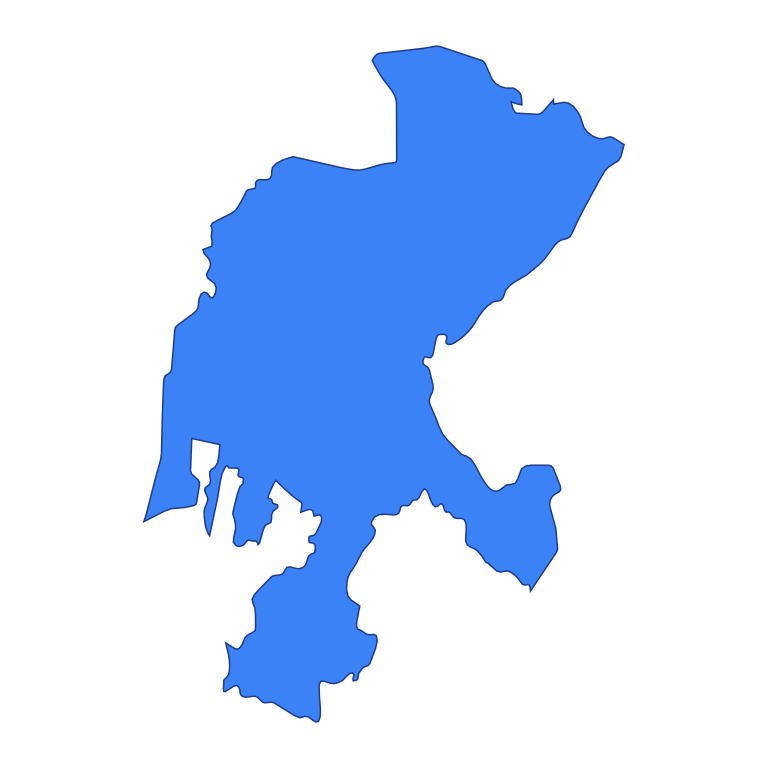 map outline of Zacatecas (Natural Earth projection)
{"feature_id": "MEX-2713", "entity_name": "Zacatecas", "entity_type": "State", "adm_level": 1, "iso_a3": "MEX", "parent_name": "Mexico", "parent_adm1": "", "projection": "natural_earth1", "projection_center": [-102.796, 23.104], "detail": "fine", "context": "isolated", "style": "filled", "palette": "blue", "viewbox_px": 768, "rotation_deg": 0, "n_neighbors": 0, "source": "natural_earth", "source_scale": "10m", "svg_char_len": 6108}
<svg xmlns="http://www.w3.org/2000/svg" viewBox="0 0 768 768"><path d="M624.1,144.6L620.9,156.7L618.5,160.6L608.6,166.9L604.7,171.2L598.5,181.8L584.8,207.1L578.1,220.0L572.1,233.1L569.8,236.8L567.3,238.4L560.8,240.2L557.7,242.2L554.9,245.1L544.9,258.6L539.3,264.5L526.7,274.9L515.6,281.3L510.1,285.2L505.8,290.0L503.0,297.7L501.3,299.8L499.3,300.8L494.6,301.5L492.5,302.2L487.6,305.8L483.2,310.4L479.3,315.6L472.5,326.6L468.5,331.4L464.1,335.7L459.4,339.5L454.1,343.0L451.2,344.2L448.5,344.5L446.1,343.3L446.0,341.1L446.7,338.6L446.7,336.3L445.2,334.6L442.8,334.2L438.0,334.9L436.9,336.4L435.9,339.7L433.4,352.3L432.4,355.6L430.8,357.6L428.4,357.7L426.3,356.8L424.5,357.0L423.1,360.1L423.0,363.3L424.2,364.9L428.0,367.5L429.4,370.1L432.9,384.6L433.2,388.3L432.5,391.9L430.5,396.0L429.2,400.0L429.7,403.8L436.2,419.0L439.1,426.7L443.0,434.6L448.2,440.9L461.1,454.0L464.0,455.6L465.6,455.7L470.7,458.9L475.1,465.1L481.9,478.2L487.3,486.0L490.0,488.8L493.2,490.8L497.1,491.3L500.2,489.7L506.5,485.0L510.7,484.5L515.1,483.4L517.7,479.2L521.5,469.0L525.5,466.1L531.3,465.2L548.4,465.2L551.2,466.0L553.4,468.4L560.3,486.2L560.7,489.6L559.3,491.7L554.3,494.6L552.1,496.8L550.5,499.3L549.8,502.3L549.7,505.8L555.7,528.0L557.6,548.3L557.2,550.6L556.0,553.0L530.5,591.0L530.1,587.3L529.3,585.2L527.8,584.5L525.0,585.0L522.6,584.5L516.3,576.3L510.6,572.1L508.6,571.2L506.6,571.0L500.4,572.0L496.9,571.1L487.8,563.1L485.7,562.1L482.0,556.3L477.8,551.1L474.2,548.6L470.4,547.0L467.2,544.8L465.6,540.8L466.2,529.7L466.1,524.0L464.5,519.9L462.0,518.5L456.3,518.4L453.5,517.1L450.4,513.1L448.8,512.0L446.2,512.1L444.5,510.4L443.2,505.4L441.5,503.7L439.6,504.4L438.1,505.9L435.3,506.9L432.8,504.5L430.9,500.8L428.4,493.9L426.5,490.2L424.2,488.8L421.7,491.9L418.9,497.8L416.9,499.9L414.2,499.9L412.5,500.7L410.2,504.0L408.7,505.4L407.4,505.8L403.4,505.4L401.6,506.0L400.6,507.6L399.5,511.5L398.5,513.3L396.6,514.5L394.1,514.9L384.2,514.2L378.9,514.7L374.4,517.0L371.3,522.2L371.8,525.0L373.7,527.3L375.3,530.1L374.7,534.3L372.8,538.4L370.3,542.1L364.6,548.6L362.0,552.2L355.7,564.3L350.1,572.9L348.6,575.9L347.5,579.2L346.9,582.6L346.6,589.5L347.9,595.8L350.9,599.9L359.8,606.1L356.7,621.7L356.5,626.0L357.6,629.2L360.4,630.1L366.6,634.2L369.0,634.7L374.3,634.5L376.3,635.7L377.2,641.3L375.4,648.9L369.8,663.6L368.2,665.4L363.5,667.2L362.6,668.1L358.7,673.3L357.9,678.7L356.2,680.4L353.2,680.8L352.9,679.2L354.0,674.7L352.3,672.8L349.9,673.4L347.5,675.3L342.4,680.5L338.5,682.5L334.2,683.5L330.0,683.2L323.4,681.0L320.6,681.5L319.1,685.2L319.4,696.0L320.4,709.1L320.2,716.6L318.5,721.5L315.3,721.9L308.0,716.7L304.6,716.4L300.0,717.7L294.8,715.8L274.1,702.9L271.5,702.2L264.8,702.8L262.7,702.2L256.7,696.6L254.0,696.3L245.2,697.2L242.5,696.4L240.5,694.6L239.8,690.0L238.9,687.1L236.7,685.4L233.8,686.1L225.3,691.6L223.8,691.4L223.4,689.3L223.9,680.1L226.9,677.0L228.4,674.8L229.2,671.9L229.7,665.8L229.3,659.8L228.4,654.1L225.7,642.8L235.0,648.8L238.1,649.0L240.5,647.1L242.4,644.0L245.2,637.3L248.4,634.5L252.3,632.7L255.3,630.4L255.6,626.3L255.5,614.6L254.9,608.2L253.2,603.7L252.1,599.4L254.3,594.9L257.9,590.7L271.6,576.6L274.9,575.4L280.1,574.9L281.7,574.3L283.1,573.2L287.0,567.3L290.5,566.9L294.4,568.1L298.6,568.7L301.2,568.2L303.5,567.1L305.3,565.2L306.5,562.5L307.8,558.1L309.0,555.7L311.0,554.2L314.5,552.7L315.4,548.8L315.0,544.5L312.6,542.9L310.4,542.8L309.0,542.0L308.8,538.2L309.3,536.4L314.3,535.2L315.9,533.4L320.5,523.8L321.4,520.8L321.6,517.9L320.7,515.6L319.3,514.8L314.1,516.1L312.8,510.8L311.0,509.6L308.7,509.5L300.8,512.2L301.9,504.2L301.4,502.6L293.0,496.4L284.2,488.6L275.6,480.3L271.4,488.5L268.1,496.5L268.1,497.8L270.9,499.2L272.0,500.3L272.9,503.4L277.3,504.8L277.9,506.0L277.5,507.8L273.1,511.1L271.6,514.8L271.5,519.1L270.9,522.5L265.3,525.3L263.3,529.6L259.6,542.9L258.0,544.6L257.6,542.9L256.7,541.7L255.3,541.0L253.3,541.1L248.5,540.1L247.2,540.6L243.8,544.8L242.0,545.7L238.5,546.5L236.3,545.8L233.5,542.5L233.6,538.0L235.6,528.9L235.6,525.7L234.5,519.4L232.9,514.2L232.9,512.2L237.4,493.8L240.1,486.3L243.1,483.9L243.3,479.0L242.8,477.7L239.1,476.7L238.2,475.9L238.1,474.1L239.0,470.3L238.2,468.5L236.6,468.1L229.0,468.0L226.8,465.6L225.3,466.8L222.2,473.3L220.3,481.3L217.8,497.0L209.6,535.6L208.4,534.1L205.7,527.3L204.4,518.1L204.1,511.9L204.6,508.5L207.7,500.8L207.7,498.0L204.8,490.9L204.8,488.4L206.2,486.9L209.5,484.5L210.3,482.1L210.4,479.7L209.7,474.7L209.8,471.8L211.0,469.9L215.4,466.7L217.6,462.7L218.7,456.6L219.9,444.6L191.8,438.5L190.5,470.9L191.6,473.9L197.9,479.7L199.4,481.9L199.5,484.7L196.5,502.9L195.9,504.4L193.7,505.6L185.2,507.4L171.2,508.7L164.5,511.1L143.9,521.6L146.1,514.9L155.2,479.2L160.7,459.5L161.5,452.9L162.3,417.3L163.6,381.8L164.3,377.9L165.3,375.7L170.0,372.7L171.2,370.5L171.8,366.6L174.8,329.8L175.5,327.3L177.1,325.5L192.4,314.2L196.3,310.8L197.9,308.2L199.1,298.7L201.1,294.1L203.9,292.2L207.1,293.2L210.0,297.0L212.6,297.9L214.6,295.2L215.8,291.1L216.2,287.7L214.7,283.6L207.9,278.3L206.4,274.4L209.8,267.8L210.5,265.4L210.2,261.7L208.7,258.6L204.1,253.4L203.0,249.5L211.9,246.2L212.1,240.9L211.3,236.6L212.1,228.9L211.0,225.6L212.4,223.3L217.5,220.2L230.7,213.8L235.1,210.7L237.9,207.1L243.2,197.8L246.1,191.5L247.9,189.9L254.9,188.3L255.7,186.1L255.4,183.4L256.3,181.4L258.0,180.0L260.2,179.6L265.4,179.8L268.2,179.4L270.4,178.1L271.5,175.8L271.9,170.1L272.5,167.4L276.3,163.5L282.1,160.3L288.4,158.0L293.2,156.7L341.8,167.8L354.2,170.0L360.2,170.1L366.4,168.8L378.8,165.1L385.0,163.7L394.7,162.7L396.3,161.7L396.7,159.4L396.5,102.1L395.0,96.0L391.4,89.9L383.2,79.3L380.2,74.8L374.7,65.3L372.3,60.3L374.8,56.2L377.0,54.2L379.8,53.3L424.4,48.2L436.3,46.1L439.9,46.5L482.7,60.8L485.2,63.6L491.9,78.9L495.4,83.4L500.3,86.5L505.8,88.1L513.2,88.1L515.6,89.3L519.6,92.5L520.8,94.9L521.5,98.3L521.9,104.9L516.4,103.7L511.0,101.8L512.9,108.4L514.5,111.6L516.1,113.1L537.3,114.3L540.1,113.9L542.5,112.2L553.4,99.8L553.7,104.1L564.3,102.3L568.8,103.2L573.5,106.6L577.3,111.3L580.4,116.8L583.9,127.5L587.3,132.1L592.5,136.0L598.2,138.4L603.3,138.8L608.4,137.1L610.8,136.9L613.4,137.9L624.1,144.6Z" fill="#3b82f6" stroke="#1e3a8a" stroke-width="1.5"/></svg>